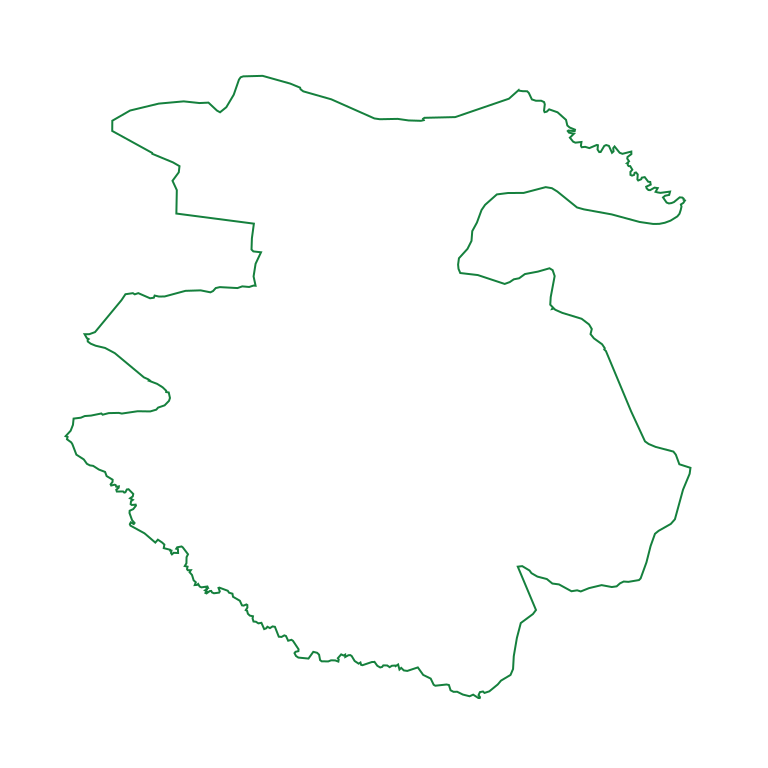 the district of Kibaha Urban, Pwani, United Republic of Tanzania, rotated 95°
{"feature_id": "72390352B56720706839933", "entity_name": "Kibaha Urban", "entity_type": "district", "adm_level": 2, "iso_a3": "TZA", "parent_name": "United Republic of Tanzania", "parent_adm1": "Pwani", "projection": "robinson", "projection_center": [38.935, -6.691], "detail": "fine", "context": "isolated", "style": "outline", "palette": "green", "viewbox_px": 768, "rotation_deg": 95, "n_neighbors": 0, "source": "geoboundaries", "source_scale": "gbopen_adm2", "svg_char_len": 6132}
<svg xmlns="http://www.w3.org/2000/svg" viewBox="0 0 768 768"><g transform="rotate(95 384 384)"><path d="M683.0,257.0L681.0,252.3L673.4,244.5L669.3,241.6L662.8,232.6L656.7,230.6L643.8,231.0L625.5,229.5L610.2,226.9L600.2,215.6L595.9,212.9L554.3,234.8L553.4,230.4L557.1,222.8L559.6,220.6L562.5,214.4L564.1,204.8L568.1,198.9L568.4,192.2L574.1,179.2L572.7,173.6L573.5,169.9L569.5,162.0L565.4,149.7L566.4,139.4L565.3,134.6L562.0,131.5L559.9,128.0L559.8,123.3L557.1,112.9L555.3,111.4L538.8,107.0L522.2,104.3L509.6,101.0L506.3,97.6L498.4,86.1L493.4,82.4L463.2,76.9L446.8,71.7L440.8,71.4L438.2,82.8L429.0,87.1L426.1,89.8L423.0,107.9L420.7,115.1L418.4,119.0L389.8,135.4L331.8,165.8L330.4,167.6L329.1,167.2L325.4,170.2L320.2,178.9L316.3,182.6L311.1,181.8L306.8,184.9L301.8,192.8L297.6,212.6L295.1,219.9L294.0,221.2L294.6,223.1L293.0,222.4L290.5,225.3L282.9,225.5L261.6,223.4L255.9,225.9L254.3,229.2L258.6,240.4L262.2,253.2L266.9,258.6L268.4,263.8L271.5,267.6L273.8,272.5L267.3,300.0L266.8,317.7L262.8,319.8L258.6,320.6L252.2,320.3L242.1,312.6L233.8,309.3L224.0,309.4L215.1,305.5L202.2,302.0L196.7,298.9L185.3,288.1L182.9,277.0L181.5,261.6L173.8,240.1L174.3,233.8L177.1,228.2L191.3,207.1L192.6,200.1L195.2,172.0L200.3,143.5L201.1,129.8L200.5,123.8L198.9,118.3L196.3,112.8L191.5,106.4L188.7,104.5L184.9,103.6L181.3,103.1L179.3,103.9L177.5,101.6L174.9,100.2L174.3,101.7L173.3,101.6L172.3,103.0L172.3,105.7L177.5,111.0L178.7,113.4L179.3,115.9L178.6,118.3L173.8,122.3L171.9,120.3L170.8,116.4L167.4,115.8L169.5,125.3L169.3,128.0L168.9,130.2L165.0,128.4L164.8,131.6L167.7,135.8L167.7,137.5L166.2,139.4L164.6,140.0L162.1,135.7L159.5,136.4L159.5,138.4L155.2,142.3L156.0,145.2L157.6,145.6L159.1,148.5L158.1,149.4L153.1,149.5L151.3,151.4L151.8,152.7L153.9,153.1L154.8,155.1L154.2,156.7L151.2,157.0L148.9,155.3L145.5,157.7L145.6,159.3L144.6,160.2L143.0,160.7L142.2,159.5L142.4,160.7L140.8,159.3L138.3,161.3L136.6,161.2L133.4,157.6L130.9,157.9L133.9,166.5L133.1,169.4L127.3,175.0L129.1,176.2L132.3,175.6L133.8,177.0L127.2,180.7L126.6,183.5L127.6,185.3L134.0,188.4L134.2,189.8L131.8,191.7L127.5,191.7L127.3,192.8L131.1,200.0L130.2,204.3L130.9,207.7L129.5,208.6L125.7,208.4L126.9,214.4L126.1,216.7L122.4,220.3L118.1,216.6L117.5,221.6L116.0,223.0L115.4,222.4L115.5,216.1L114.0,215.9L112.3,221.4L110.5,223.9L105.0,225.7L98.2,234.8L96.0,243.4L98.5,245.6L99.2,247.7L97.8,248.4L91.4,248.2L89.2,249.1L88.1,252.1L88.6,257.3L87.6,261.5L81.4,265.1L79.9,266.9L80.2,271.4L80.0,275.1L79.4,275.4L88.9,284.4L111.9,336.3L115.3,366.9L116.4,368.2L117.7,367.4L118.6,370.2L119.3,382.5L118.7,393.5L120.6,411.2L120.3,416.7L105.0,461.3L99.5,489.9L97.7,492.8L96.1,493.4L92.9,503.6L87.6,531.8L89.8,551.0L90.9,553.5L93.4,555.0L108.9,558.9L122.0,565.2L127.6,571.0L126.2,574.2L119.0,583.4L120.2,592.3L119.9,608.2L124.3,632.8L133.7,660.8L145.4,677.6L155.6,676.8L174.0,635.1L174.9,634.9L181.6,613.6L184.8,606.7L191.0,606.9L200.0,612.4L208.9,607.3L232.3,605.7L235.6,527.6L250.4,528.3L261.6,527.7L263.3,525.7L263.5,518.0L275.4,522.4L288.2,523.3L297.3,520.5L297.3,522.5L299.1,526.8L299.1,533.7L301.2,538.3L301.8,556.0L303.1,560.0L306.3,562.4L307.8,564.9L306.7,574.8L308.5,589.9L315.9,610.1L316.5,615.8L315.9,620.2L318.1,620.8L319.0,624.5L314.9,636.7L316.4,640.1L315.4,642.1L317.1,649.4L323.3,652.8L357.5,676.4L360.1,682.0L360.5,686.6L364.1,684.1L365.0,682.2L365.9,683.1L367.5,682.8L369.4,679.7L371.0,674.6L372.4,665.0L376.7,654.9L398.3,623.8L399.9,619.2L400.8,617.7L401.3,618.3L403.6,610.1L406.6,604.2L409.7,600.4L411.0,600.3L411.2,597.7L416.6,596.0L419.5,596.7L424.4,600.7L427.2,607.0L429.4,608.6L431.7,614.5L432.6,627.0L436.3,642.6L435.9,645.7L437.0,655.7L439.1,661.6L438.0,663.0L441.0,673.1L442.0,679.3L444.0,683.1L445.5,690.2L451.8,690.3L457.9,692.1L463.7,696.6L464.3,694.6L466.7,695.0L469.4,690.5L471.1,689.2L481.2,684.3L485.3,676.5L489.4,673.0L490.7,669.9L490.9,666.6L494.1,660.5L495.9,654.2L499.9,652.3L503.0,646.0L505.2,645.9L507.8,647.6L508.9,646.9L507.8,643.7L508.0,642.6L509.7,641.7L509.1,639.2L510.5,639.3L512.7,641.5L514.4,640.8L513.8,634.5L514.8,633.3L514.4,632.2L511.5,631.0L511.1,629.3L515.4,624.2L517.9,624.5L520.0,627.0L521.3,624.1L522.8,625.8L525.8,625.9L526.5,624.7L525.8,620.9L526.8,620.5L530.5,622.9L532.4,626.3L534.7,626.3L541.6,623.1L544.2,620.4L545.3,621.1L543.9,624.2L545.8,625.0L547.2,624.2L553.6,609.6L561.9,598.0L558.8,595.7L561.2,591.3L563.1,588.8L566.7,589.1L567.8,582.5L568.6,582.5L568.6,581.2L570.9,581.5L572.2,580.4L570.5,578.8L570.3,574.4L566.5,574.9L566.2,576.6L564.7,575.8L563.5,571.5L564.3,570.2L570.7,564.4L573.7,565.6L579.8,565.2L582.7,566.6L583.1,563.8L585.6,564.1L586.6,563.3L586.3,560.2L588.4,561.3L591.0,558.6L596.2,556.5L597.9,554.2L600.8,555.0L600.4,552.6L599.4,551.7L601.8,550.0L602.5,548.2L601.1,542.3L602.4,541.6L602.5,543.3L604.0,542.5L605.2,544.3L606.1,542.5L607.7,543.6L608.1,542.6L605.4,539.4L605.2,538.1L606.6,537.2L607.3,535.2L606.2,530.1L604.9,529.5L601.6,531.1L601.2,530.3L603.6,521.6L605.4,520.2L606.1,516.7L609.1,515.9L612.5,508.7L616.9,506.2L617.0,504.5L615.6,501.9L616.1,500.9L618.7,500.6L621.3,502.0L621.9,500.6L624.7,499.6L626.4,497.5L626.8,494.3L629.0,494.5L632.0,493.3L632.0,490.9L633.4,488.3L632.6,485.3L638.6,482.0L637.6,480.0L636.0,479.0L637.1,476.3L635.2,473.9L635.4,471.5L644.9,466.8L644.9,464.0L643.1,461.4L643.6,459.7L648.1,457.1L646.9,453.9L647.8,452.3L655.7,446.0L657.6,446.0L658.5,448.8L659.9,449.7L662.6,448.0L664.0,445.5L664.1,435.3L657.0,431.1L657.6,427.2L659.3,425.1L664.6,423.6L665.7,421.9L665.2,415.3L663.9,412.7L663.6,408.6L664.5,405.3L662.4,405.1L661.2,406.1L657.1,403.1L658.0,400.5L657.0,399.1L659.3,398.8L657.3,395.8L657.0,394.0L657.8,392.5L662.5,389.1L664.8,384.9L663.5,383.2L665.8,382.3L666.0,380.9L662.0,371.8L661.8,369.3L661.0,369.8L665.3,366.1L666.7,363.1L666.0,361.2L664.4,360.2L664.1,356.3L665.6,353.7L664.0,351.6L663.5,348.4L664.1,347.9L662.2,345.5L667.1,343.7L665.3,342.1L667.6,339.3L667.8,335.8L663.4,325.6L670.4,319.6L673.4,311.8L679.3,308.3L680.1,306.6L677.9,295.5L678.2,293.1L683.3,291.0L684.6,287.9L684.2,284.3L686.5,278.4L687.6,271.5L685.7,268.1L688.6,262.6L688.5,261.3L687.6,261.1L685.7,262.7L682.6,261.6L681.7,258.6L683.0,257.0Z" fill="none" stroke="#15803d" stroke-width="2"/></g></svg>